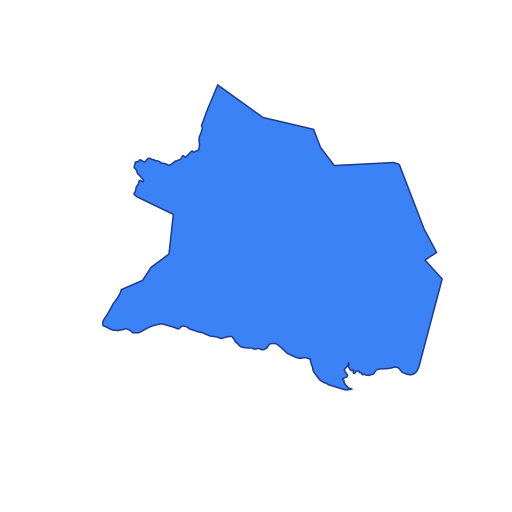 outline of San Antonio de Oriente, Francisco Morazán, Honduras, rotated 336°
{"feature_id": "27666195B20875858813448", "entity_name": "San Antonio de Oriente", "entity_type": "district", "adm_level": 2, "iso_a3": "HND", "parent_name": "Honduras", "parent_adm1": "Francisco Morazán", "projection": "robinson", "projection_center": [-87.024, 14.037], "detail": "fine", "context": "isolated", "style": "filled", "palette": "blue", "viewbox_px": 512, "rotation_deg": 336, "n_neighbors": 0, "source": "geoboundaries", "source_scale": "gbopen_adm2", "svg_char_len": 6105}
<svg xmlns="http://www.w3.org/2000/svg" viewBox="0 0 512 512"><g transform="rotate(336 256 256)"><path d="M423.0,229.4L419.6,226.5L418.7,226.1L417.7,225.8L364.3,205.2L359.1,182.9L360.1,163.7L318.7,132.3L290.6,84.2L269.3,104.3L259.1,115.0L259.2,115.8L259.1,116.5L259.0,117.0L258.5,118.0L257.7,119.0L255.8,121.1L254.6,122.3L253.2,123.6L252.3,124.6L251.9,125.3L251.1,127.0L250.6,128.4L250.1,130.2L249.8,131.0L249.4,131.8L248.6,133.1L247.7,134.5L247.0,135.3L246.3,135.9L243.1,135.7L242.6,135.8L242.1,136.0L241.6,136.0L241.3,135.9L240.9,135.2L240.7,134.9L240.7,134.4L240.5,134.1L240.2,134.1L239.1,134.3L237.2,135.0L233.4,136.6L231.7,137.1L231.3,136.9L231.0,136.0L230.7,135.2L230.4,134.8L230.3,134.6L230.1,134.6L229.6,134.8L229.1,135.0L227.5,136.3L226.6,136.8L226.2,136.9L225.8,137.0L224.6,136.8L222.8,136.9L222.4,136.9L221.6,136.6L220.8,136.5L219.5,136.8L217.8,137.3L216.6,137.6L214.7,137.8L213.5,137.8L213.1,137.6L212.8,137.3L212.0,136.1L210.4,134.5L207.2,132.5L207.0,132.2L206.9,131.6L206.6,131.2L206.0,130.3L205.5,129.7L204.9,129.2L203.8,128.5L203.2,128.1L201.7,126.5L200.0,125.2L199.1,123.9L198.4,123.4L197.8,123.2L197.4,123.1L196.4,123.1L195.6,123.4L194.7,124.1L194.0,124.4L193.2,124.7L192.7,124.7L192.0,124.5L191.6,124.1L191.3,123.7L190.8,122.8L190.3,122.0L189.7,121.3L189.2,121.0L188.8,120.9L188.2,121.1L187.8,121.3L187.3,121.8L186.8,121.9L186.3,121.9L186.1,121.9L185.3,121.4L184.7,121.2L184.2,121.2L183.7,121.5L183.4,121.9L183.0,122.6L182.7,123.2L182.3,123.6L181.6,124.1L181.2,124.6L180.9,125.2L180.7,125.8L180.8,126.2L181.3,127.4L181.8,129.3L181.8,129.6L181.5,130.5L181.4,131.6L181.3,132.3L182.7,136.2L183.6,139.1L184.0,140.8L184.0,141.1L183.9,141.5L183.7,141.8L183.4,142.0L183.0,142.2L182.8,142.2L182.3,141.7L181.7,140.9L181.6,140.7L181.5,140.2L181.2,139.9L180.9,139.7L180.5,139.7L180.2,139.7L179.9,139.8L179.3,140.4L178.6,141.6L178.3,142.0L178.1,142.3L177.5,142.6L174.9,144.0L174.1,145.1L173.1,146.6L172.0,147.9L171.5,148.3L170.6,148.8L170.2,149.1L170.0,149.5L169.9,149.8L169.8,150.2L169.9,150.6L170.2,151.4L170.6,152.1L171.2,153.1L172.0,154.2L172.4,154.8L197.4,184.4L177.3,218.8L155.4,223.7L142.6,232.1L119.2,231.9L118.4,233.0L117.4,234.1L116.0,235.3L114.5,236.5L112.9,237.5L111.6,238.5L106.1,241.5L103.2,243.9L101.6,245.0L97.9,247.8L94.7,250.0L92.0,251.6L90.8,252.5L89.8,253.4L89.0,254.4L88.8,254.8L87.9,257.3L90.7,260.4L93.4,263.8L94.4,264.8L95.3,265.6L95.9,266.0L97.5,266.7L98.3,267.2L99.1,267.8L99.7,268.1L101.8,268.4L104.9,269.2L107.0,269.4L107.9,269.7L108.3,270.0L109.0,270.7L110.1,272.0L111.3,274.0L111.7,274.7L112.0,275.6L112.3,276.0L112.9,276.4L114.5,277.0L116.2,277.9L116.8,278.1L117.6,278.3L118.6,278.4L119.9,278.4L121.4,278.3L124.6,277.9L127.2,277.7L130.3,277.6L132.5,277.7L133.8,277.8L141.0,279.2L141.9,279.5L142.7,279.9L144.1,281.0L152.3,288.0L152.8,288.5L154.3,290.2L155.2,291.0L155.6,291.1L156.8,290.9L157.6,290.6L158.9,290.2L159.6,290.0L160.4,290.1L161.2,290.4L162.8,291.6L164.3,293.0L164.7,293.6L164.9,294.4L165.0,294.8L165.9,295.9L170.2,299.7L171.5,301.1L172.2,301.7L173.8,302.9L175.1,303.6L175.9,304.3L177.0,305.4L178.0,306.8L180.0,308.7L181.5,310.4L182.3,311.0L186.9,313.7L187.3,314.0L188.4,315.2L190.1,316.8L190.8,317.2L191.9,317.5L194.5,317.8L197.0,318.1L200.1,319.2L200.7,319.5L201.1,319.7L201.3,319.9L201.4,320.2L201.7,321.5L202.0,323.2L202.4,326.6L202.6,327.1L203.1,327.7L203.8,329.4L204.6,331.6L205.1,332.6L205.6,333.1L208.3,335.1L210.6,336.4L212.3,337.3L213.8,337.8L214.5,338.1L215.1,338.6L215.5,339.1L216.0,340.0L216.6,340.4L217.4,340.7L220.8,341.5L221.4,342.1L222.2,343.0L222.9,343.7L223.7,344.2L224.4,344.5L224.9,344.6L225.5,344.7L226.9,344.5L228.1,344.5L228.5,344.4L229.1,344.1L230.6,343.0L231.6,342.4L232.1,342.2L232.7,342.1L233.5,342.1L235.0,342.5L237.0,343.3L238.1,343.9L238.4,344.1L239.0,345.0L239.7,345.9L240.0,346.3L240.5,347.6L241.5,349.4L243.3,353.6L244.4,356.5L245.0,357.8L245.9,358.8L246.5,359.2L248.1,361.4L249.1,362.5L250.9,364.5L254.1,367.2L254.6,367.5L255.4,367.7L257.1,368.0L258.3,368.4L259.5,368.8L260.1,369.2L261.0,369.9L263.7,372.5L263.8,372.7L263.7,372.8L263.3,373.3L263.1,373.9L262.6,377.1L262.5,378.7L262.4,380.4L262.2,381.4L261.9,382.3L261.7,383.0L261.6,383.9L261.6,384.8L261.7,385.8L262.6,389.9L262.9,391.5L264.0,395.3L264.3,395.9L264.7,396.6L265.4,397.7L266.4,399.0L269.0,401.7L269.4,402.3L269.5,402.8L282.0,413.7L283.9,415.0L285.2,415.5L286.3,415.7L288.4,416.3L289.1,416.4L288.0,415.1L287.2,414.5L286.8,414.0L286.4,413.0L286.2,411.9L285.8,411.2L285.5,410.6L285.2,409.2L285.1,407.9L285.0,407.1L285.1,406.7L285.5,406.5L285.6,406.2L285.8,405.6L285.7,405.4L285.4,405.0L285.1,404.4L285.0,404.1L285.0,403.8L285.1,403.7L285.3,403.5L285.9,403.3L287.6,403.3L288.9,403.5L290.1,403.3L290.7,402.9L291.0,402.5L291.1,401.6L290.4,398.2L290.4,396.6L290.4,396.1L290.6,395.8L290.8,395.5L291.2,395.2L293.2,394.5L294.3,393.9L295.1,393.5L296.1,392.4L296.9,391.4L297.1,391.2L297.2,391.3L297.2,391.6L296.9,392.4L296.5,393.1L295.6,394.3L295.5,394.9L295.5,396.0L295.6,397.3L295.7,397.6L296.1,398.6L296.6,399.6L296.9,399.7L297.4,399.4L297.7,399.3L298.2,399.4L298.6,399.7L298.5,400.0L298.3,400.6L298.1,401.0L297.6,401.7L297.4,402.1L297.4,402.7L297.5,402.9L297.7,403.0L298.2,403.2L298.8,403.1L299.8,402.6L300.4,402.1L300.7,402.0L301.6,402.3L302.8,402.9L303.1,403.1L303.2,403.4L303.3,403.7L303.1,404.0L303.2,404.5L303.4,404.8L303.7,405.1L304.4,405.3L304.9,405.7L304.8,406.5L304.8,407.2L304.9,407.5L305.1,407.8L305.4,408.0L306.0,407.9L306.5,408.1L307.2,408.6L308.4,409.7L309.3,410.3L310.3,410.9L311.2,411.2L313.5,411.2L314.3,411.6L314.8,411.6L315.3,411.6L315.7,411.4L318.1,409.9L319.1,409.4L319.8,409.2L320.6,409.1L322.9,409.5L323.8,409.7L324.8,410.1L325.8,410.7L327.1,411.1L328.6,411.7L330.8,412.5L333.0,413.1L337.4,413.9L338.1,414.1L338.7,414.4L339.1,414.8L340.2,415.7L340.7,416.3L341.0,417.2L341.8,420.5L342.0,421.2L342.5,421.9L343.6,423.2L345.2,424.8L346.2,425.7L347.2,426.4L348.1,427.0L349.0,427.5L349.7,427.7L350.4,427.8L352.9,427.8L353.4,427.7L354.2,427.4L355.6,426.9L356.5,426.2L357.5,425.6L359.9,423.3L416.7,352.7L408.7,328.4L422.4,326.2L420.9,304.4L420.5,300.4L424.1,231.0L423.6,230.2L423.0,229.4Z" fill="#3b82f6" stroke="#1e3a8a" stroke-width="1.5"/></g></svg>